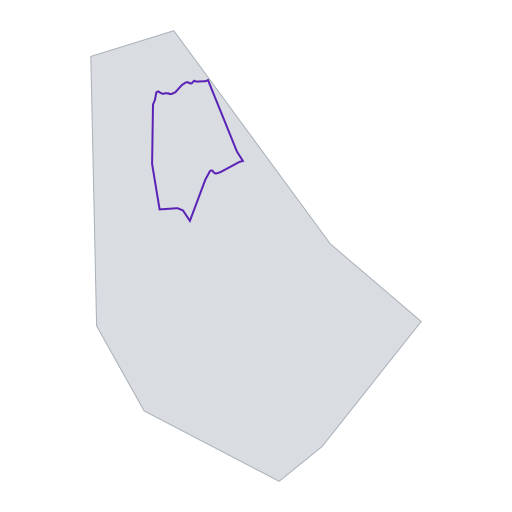 Saint Andrew on a map of Barbados (Natural Earth projection)
{"feature_id": "BRB-1990", "entity_name": "Saint Andrew", "entity_type": "Parish", "adm_level": 1, "iso_a3": "BRB", "parent_name": "Barbados", "parent_adm1": "", "projection": "natural_earth1", "projection_center": [-59.584, 13.25], "detail": "fine", "context": "in_parent", "style": "outline", "palette": "violet", "viewbox_px": 512, "rotation_deg": 0, "n_neighbors": 0, "source": "natural_earth", "source_scale": "10m", "svg_char_len": 963}
<svg xmlns="http://www.w3.org/2000/svg" viewBox="0 0 512 512"><path d="M322.2,446.4L279.1,481.3L144.1,410.9L96.6,325.9L90.8,56.4L173.8,30.7L330.3,243.9L421.2,321.5L322.2,446.4Z" fill="#d9dde1" stroke="#a8b0b8" stroke-width="1"/><path d="M208.0,80.1L236.9,151.5L242.9,161.0L239.4,161.9L220.3,172.2L215.8,173.6L213.9,172.6L213.5,172.2L212.9,171.2L212.6,170.9L212.2,170.6L211.6,170.5L211.0,170.6L210.1,170.9L205.4,179.5L189.9,220.9L183.0,210.5L177.6,208.2L159.6,209.4L152.1,164.0L153.0,104.5L154.9,100.0L156.4,92.3L157.3,91.9L157.8,91.6L158.2,91.4L158.6,91.6L159.1,91.8L159.5,92.3L160.5,92.9L161.5,93.3L162.8,93.8L163.5,93.8L164.3,93.5L164.9,93.3L165.6,93.2L166.8,93.4L167.2,93.4L167.7,93.3L168.1,93.2L168.7,93.4L169.5,94.1L171.8,93.9L175.4,92.2L181.8,85.1L185.2,82.8L187.4,82.1L188.2,82.6L188.9,82.8L189.5,82.9L190.0,83.4L190.7,83.5L191.6,83.4L194.1,80.8L194.4,80.8L194.5,81.0L196.6,81.6L205.4,81.2L208.0,80.1Z" fill="none" stroke="#5b21b6" stroke-width="2"/></svg>